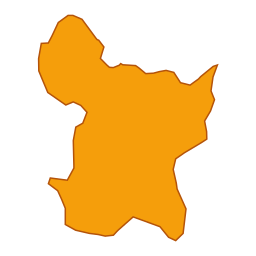 Mezam, Nord-Ouest, Cameroon (Robinson projection)
{"feature_id": "32672807B13167032786609", "entity_name": "Mezam", "entity_type": "district", "adm_level": 2, "iso_a3": "CMR", "parent_name": "Cameroon", "parent_adm1": "Nord-Ouest", "projection": "robinson", "projection_center": [10.141, 6.007], "detail": "fine", "context": "isolated", "style": "filled", "palette": "amber", "viewbox_px": 256, "rotation_deg": 0, "n_neighbors": 0, "source": "geoboundaries", "source_scale": "gbopen_adm2", "svg_char_len": 1038}
<svg xmlns="http://www.w3.org/2000/svg" viewBox="0 0 256 256"><path d="M98.7,40.2L97.1,39.6L96.0,38.3L82.0,19.3L72.9,15.4L68.1,15.4L58.3,22.5L53.0,33.8L52.0,35.9L48.3,43.0L41.3,43.4L38.6,58.7L38.8,70.9L41.6,77.7L47.8,92.5L65.8,105.0L73.2,101.9L80.8,105.4L87.0,112.3L82.8,123.2L75.8,127.1L73.3,140.6L73.9,165.3L73.9,168.1L67.3,180.2L50.3,178.0L48.4,183.7L57.7,190.7L61.7,199.5L65.3,208.3L65.3,224.5L75.6,230.2L89.4,233.4L98.2,234.5L105.2,236.1L113.4,235.2L116.9,231.4L118.3,230.0L133.1,216.9L160.0,226.7L168.6,237.3L175.7,240.6L183.1,233.4L186.0,208.9L177.1,189.0L176.3,183.2L173.2,169.4L175.7,158.8L184.5,152.7L202.2,142.1L206.8,139.1L206.6,131.6L204.6,121.0L210.5,111.0L214.5,99.7L211.0,90.9L213.0,77.0L217.4,65.0L213.2,66.4L200.7,76.6L198.5,79.0L193.5,82.6L190.1,85.1L180.5,82.7L173.8,72.4L166.1,70.4L159.4,71.6L153.4,73.2L145.7,73.6L139.0,68.0L135.6,65.6L128.1,65.1L122.8,64.8L120.7,63.6L119.3,65.2L113.3,67.6L109.4,67.3L106.8,65.0L100.4,58.5L102.3,52.2L103.9,47.0L98.7,40.2Z" fill="#f59e0b" stroke="#b45309" stroke-width="1.5"/></svg>